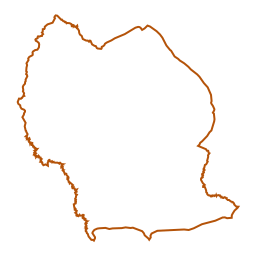 Nong Bua Daeng, Chaiyaphum, Thailand
{"feature_id": "78962969B31038405940383", "entity_name": "Nong Bua Daeng", "entity_type": "district", "adm_level": 2, "iso_a3": "THA", "parent_name": "Thailand", "parent_adm1": "Chaiyaphum", "projection": "robinson", "projection_center": [101.608, 16.203], "detail": "fine", "context": "isolated", "style": "outline", "palette": "amber", "viewbox_px": 256, "rotation_deg": 0, "n_neighbors": 0, "source": "geoboundaries", "source_scale": "gbopen_adm2", "svg_char_len": 5631}
<svg xmlns="http://www.w3.org/2000/svg" viewBox="0 0 256 256"><path d="M157.3,230.8L184.1,229.5L188.7,230.0L193.7,228.3L202.0,224.2L215.3,220.7L222.6,217.5L224.9,217.4L227.1,218.2L231.7,217.8L231.8,215.3L232.7,213.5L234.6,210.5L237.5,207.9L238.3,206.7L236.3,206.6L234.2,204.5L234.1,203.5L232.9,202.2L232.4,202.3L232.3,201.9L230.9,201.5L229.0,200.0L227.8,200.0L226.6,198.9L226.6,198.2L226.1,198.3L225.5,197.5L224.3,197.2L223.6,198.0L222.4,197.8L221.8,196.9L221.3,197.2L221.2,196.6L220.5,196.6L220.0,195.6L219.7,195.8L218.8,195.1L216.7,195.5L216.5,195.9L216.3,195.4L216.2,195.8L215.0,195.3L214.3,196.0L213.8,195.7L213.4,196.5L213.5,195.9L212.4,195.4L211.8,195.6L211.9,196.0L211.2,195.8L210.9,196.4L209.6,195.4L208.4,195.3L207.3,194.3L207.1,193.0L206.3,192.4L206.1,190.3L204.9,187.1L203.1,186.9L203.2,185.9L204.7,184.9L202.8,183.1L201.0,179.8L201.1,178.4L202.5,177.5L202.1,177.1L202.6,176.6L202.5,175.7L202.8,176.0L203.1,175.3L202.1,174.7L202.4,173.8L203.0,173.7L203.4,172.9L203.2,171.7L203.4,171.4L203.8,171.6L203.6,170.1L204.2,170.0L204.0,169.6L204.3,169.5L203.7,168.5L204.3,167.7L204.9,165.0L206.2,164.3L207.7,161.6L207.1,160.9L208.2,156.8L208.0,155.3L209.4,153.3L208.7,153.0L208.2,150.8L206.9,150.7L206.0,149.2L198.1,145.9L199.4,144.7L200.2,142.8L202.1,141.3L207.2,136.0L209.5,132.3L211.4,130.5L214.2,121.3L214.5,119.2L213.9,113.7L212.9,112.7L214.1,110.5L214.4,109.2L212.9,105.9L211.3,103.5L211.1,102.7L211.6,101.1L211.0,94.9L207.7,87.3L203.9,83.1L199.5,76.8L197.2,74.4L190.8,69.4L188.4,66.8L184.2,63.3L179.8,60.5L178.2,58.9L174.6,56.5L171.1,50.7L170.1,50.0L166.4,45.5L162.4,37.7L160.0,34.5L156.6,31.2L150.0,26.5L147.5,25.6L144.5,28.5L142.1,29.9L140.5,27.7L139.2,27.0L138.1,26.9L135.4,27.7L124.8,34.1L114.8,38.3L111.4,40.4L106.8,42.5L105.0,43.7L104.3,45.2L103.2,46.2L101.8,46.8L101.6,48.5L101.2,48.9L97.6,48.5L96.8,48.0L95.8,46.1L94.6,45.9L92.1,44.4L90.5,40.8L89.9,40.6L89.0,41.7L87.8,40.6L86.2,40.6L82.8,39.0L81.7,35.9L79.9,34.5L79.2,32.8L79.0,30.8L78.0,29.0L76.9,28.3L76.6,27.6L77.4,26.8L77.2,25.7L76.7,26.2L76.7,26.8L75.6,26.5L75.1,26.9L73.9,25.7L73.6,26.1L73.5,25.1L72.8,25.0L72.2,25.4L72.2,26.2L71.8,26.2L71.4,24.1L69.6,23.2L67.3,23.0L66.5,23.3L65.7,22.0L64.9,22.1L64.5,21.4L63.3,21.2L61.9,19.6L61.3,19.8L57.3,15.7L55.7,15.4L54.7,16.5L54.4,17.5L55.0,18.2L52.6,22.7L47.5,24.4L44.8,26.7L44.7,28.3L44.3,29.0L42.8,29.2L42.7,31.8L41.9,32.5L43.1,34.1L42.1,35.0L42.0,35.9L40.4,36.1L39.5,36.6L38.1,36.3L37.6,37.1L37.6,38.2L35.7,39.1L35.4,39.6L35.8,40.8L36.8,41.2L38.7,42.8L39.2,44.3L38.9,47.4L37.4,49.7L35.1,50.1L32.9,51.6L32.5,52.6L32.8,54.1L32.5,55.2L29.3,56.9L28.2,58.5L28.5,60.1L26.5,63.3L27.1,65.1L26.5,67.5L26.2,71.2L26.9,72.0L26.1,74.1L27.0,75.0L27.3,76.3L25.6,79.6L25.7,81.1L25.1,82.0L25.0,83.7L23.4,85.5L22.8,87.0L23.3,90.1L22.9,91.2L24.1,93.3L23.7,94.9L24.3,95.9L23.0,96.3L22.1,97.9L21.6,97.9L20.9,98.8L19.0,98.6L17.7,102.0L18.3,103.8L20.2,105.3L20.4,106.9L21.5,108.7L24.1,109.7L25.0,110.7L25.0,111.7L24.0,113.4L23.9,114.6L22.4,117.2L25.6,122.8L24.7,126.3L25.7,130.7L26.1,130.9L26.5,132.3L27.5,133.9L27.5,134.7L25.9,136.3L26.9,136.4L26.7,137.7L27.1,138.0L26.7,138.6L27.2,139.0L27.9,138.8L27.6,139.2L28.3,139.1L28.4,139.6L29.3,138.4L29.8,139.3L28.9,140.4L29.2,142.2L29.9,142.4L30.0,142.9L30.2,142.3L30.7,142.4L30.8,143.5L31.8,143.2L31.7,144.2L32.2,143.9L32.1,145.0L32.6,145.0L33.1,146.5L33.6,146.2L34.0,146.6L34.3,147.8L35.1,147.8L35.2,148.6L36.2,148.6L36.3,149.1L37.2,149.0L36.8,149.5L35.6,149.5L35.7,150.3L35.1,150.5L35.7,150.8L35.0,151.5L35.2,151.9L34.8,151.8L34.4,152.4L35.2,152.7L35.3,153.8L34.2,153.9L34.0,154.4L35.1,154.3L34.6,154.8L34.6,155.2L35.4,155.2L35.8,155.5L35.7,156.1L36.4,156.0L36.3,156.9L36.8,156.4L37.7,156.8L38.3,156.1L38.4,156.6L39.6,155.5L39.2,155.9L39.4,157.7L40.6,157.7L40.7,158.4L41.6,159.0L40.5,160.0L41.1,160.8L40.4,161.8L42.0,162.1L42.4,162.9L42.2,163.6L43.4,165.2L45.6,164.4L47.9,165.7L47.7,162.6L48.3,161.6L48.3,160.7L49.2,159.9L49.5,159.9L49.9,161.4L50.6,161.7L51.9,161.2L52.2,162.4L53.6,161.9L53.7,162.4L55.4,162.7L57.7,162.7L59.3,163.6L59.6,162.8L60.1,162.7L61.9,164.5L62.1,164.1L63.0,164.2L62.1,164.7L61.9,166.0L61.3,166.2L61.3,167.0L62.4,166.8L62.0,167.4L62.6,167.3L62.9,168.6L63.4,168.3L62.7,169.1L62.8,170.0L63.3,170.1L62.8,170.5L63.3,171.0L63.6,170.8L64.7,173.7L64.9,173.4L66.3,173.8L66.4,174.9L68.0,176.6L67.6,177.4L68.0,177.5L67.6,178.0L68.3,178.3L67.5,179.4L68.4,180.2L68.7,181.9L69.3,182.0L69.6,183.2L70.1,182.6L73.0,185.1L72.0,186.2L72.3,187.6L73.4,187.3L73.1,188.3L74.5,188.4L75.0,189.2L74.9,189.8L75.2,190.2L76.7,189.6L75.9,191.2L76.5,191.8L75.1,192.6L75.7,194.1L76.9,194.7L76.0,196.0L75.9,197.5L75.2,198.7L76.0,199.7L75.4,200.7L76.0,201.3L75.9,202.0L75.3,201.3L75.3,203.6L73.8,204.3L74.3,207.3L75.0,208.2L75.0,208.8L74.6,208.9L74.7,209.6L75.7,209.4L75.7,210.5L76.7,210.8L76.4,212.1L75.4,212.8L76.4,213.5L76.8,214.6L76.4,214.6L76.4,215.2L77.2,215.1L77.3,215.9L77.9,215.7L78.4,216.1L79.5,214.8L79.9,215.6L81.7,215.6L83.0,214.8L83.7,215.1L83.4,216.5L82.6,217.4L82.6,217.9L83.0,218.2L83.7,217.8L85.0,218.7L84.4,219.0L84.3,219.6L85.5,220.4L86.4,220.5L86.6,221.4L87.2,221.4L85.9,222.5L86.5,223.2L85.6,223.7L86.0,224.1L85.6,224.6L86.5,225.9L86.1,226.4L86.4,227.2L85.8,227.1L86.0,227.6L85.6,227.9L86.3,228.2L86.1,228.7L86.4,228.8L86.1,229.0L86.3,229.7L85.7,230.1L85.8,231.3L86.6,231.9L86.9,233.2L87.7,233.8L88.6,236.5L91.4,239.9L93.0,239.9L93.9,240.6L95.0,238.2L95.0,237.2L92.4,233.1L92.6,232.3L93.9,230.4L94.8,229.7L97.3,228.6L99.2,228.3L105.5,227.9L109.3,229.0L112.6,228.4L121.7,228.1L125.6,227.4L130.5,228.0L132.9,227.7L142.2,231.2L143.9,233.3L144.7,235.3L148.5,238.6L149.2,239.7L150.7,237.5L150.5,235.6L151.6,233.5L157.3,230.8Z" fill="none" stroke="#b45309" stroke-width="2"/></svg>